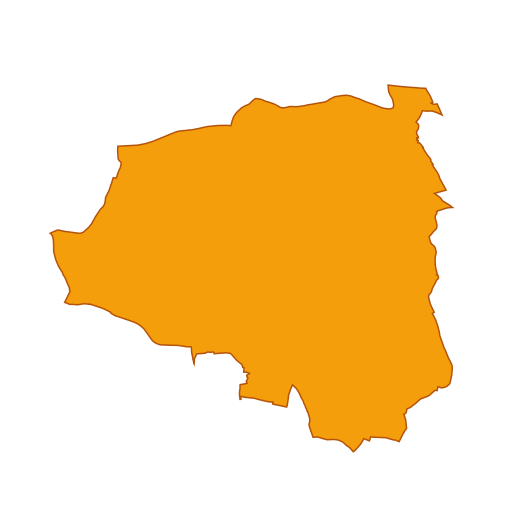 the district of Valea Larga, Mures, Romania, rotated 6°
{"feature_id": "2599482B72201107015433", "entity_name": "Valea Larga", "entity_type": "district", "adm_level": 2, "iso_a3": "ROU", "parent_name": "Romania", "parent_adm1": "Mures", "projection": "robinson", "projection_center": [24.071, 46.628], "detail": "fine", "context": "isolated", "style": "filled", "palette": "amber", "viewbox_px": 512, "rotation_deg": 6, "n_neighbors": 0, "source": "geoboundaries", "source_scale": "gbopen_adm2", "svg_char_len": 6030}
<svg xmlns="http://www.w3.org/2000/svg" viewBox="0 0 512 512"><g transform="rotate(6 256 256)"><path d="M417.7,425.7L418.4,424.0L420.8,417.5L422.5,413.9L423.8,411.8L422.0,403.4L419.6,397.8L420.3,397.6L421.0,397.1L421.7,396.1L422.2,392.1L424.5,391.0L426.3,389.6L427.8,388.0L430.1,385.9L433.6,382.0L434.6,381.0L440.9,377.8L443.1,376.4L447.8,371.1L448.5,370.9L450.2,370.9L450.6,367.0L452.4,367.3L453.6,367.7L455.0,367.7L458.1,366.5L459.5,365.6L460.2,364.8L461.5,363.5L462.0,362.7L462.3,361.8L462.8,356.3L463.0,355.3L463.1,353.0L462.9,347.1L462.3,344.1L461.3,342.3L457.7,336.7L455.2,331.9L452.0,326.4L450.7,323.4L448.0,317.9L446.9,315.3L446.5,313.3L444.3,307.2L441.3,300.6L437.3,294.7L439.1,293.3L436.7,289.6L434.3,285.4L432.0,279.2L431.9,278.2L432.2,276.2L433.3,275.0L434.1,273.3L434.3,272.7L434.6,270.6L434.8,269.7L437.3,263.6L437.5,262.6L438.5,260.7L439.6,259.4L439.7,259.1L439.7,258.7L439.6,257.4L438.8,256.0L437.6,255.9L437.9,255.2L438.0,254.4L437.6,253.5L436.4,250.3L435.7,248.0L435.4,246.9L434.5,241.1L434.4,237.8L434.8,234.5L434.8,233.4L433.4,229.3L432.3,227.7L429.8,226.0L428.5,224.6L427.6,222.9L426.1,218.6L427.6,216.8L430.4,212.5L430.9,212.0L432.0,210.8L432.4,210.1L432.7,209.3L432.8,208.1L432.7,206.2L432.0,204.1L430.3,199.5L430.1,198.3L430.1,197.2L430.9,195.7L431.4,194.6L431.4,194.0L431.3,193.5L430.8,192.8L432.6,191.9L440.3,188.5L442.5,187.8L446.4,187.2L443.3,185.3L438.6,183.0L437.2,182.4L436.0,181.7L435.4,181.3L434.0,179.5L433.1,178.7L428.5,176.0L426.9,175.1L438.2,170.6L430.8,159.9L429.2,156.3L427.0,153.2L423.5,149.1L421.8,146.7L422.5,146.2L420.3,144.0L420.0,143.5L419.8,142.0L419.5,141.4L415.5,137.3L412.7,133.8L410.4,130.7L410.9,130.4L406.9,126.4L405.0,126.5L405.0,126.0L405.3,124.2L404.1,124.2L404.1,123.2L403.4,122.7L403.4,121.6L405.2,121.6L405.0,120.7L404.6,119.9L403.2,118.1L402.7,116.6L402.9,115.1L404.2,112.5L404.2,109.2L403.4,107.9L401.2,106.0L403.6,102.2L404.1,101.3L405.8,96.1L406.4,94.1L410.3,94.1L416.0,93.4L420.8,94.5L426.3,96.3L420.3,85.8L416.9,86.6L414.2,85.6L415.8,84.6L414.7,82.5L412.7,78.9L407.7,72.3L407.4,71.5L407.1,71.5L401.5,71.9L398.1,71.9L397.4,71.9L389.0,72.2L379.2,72.3L369.5,72.2L370.3,76.6L370.7,78.2L371.0,79.1L372.4,81.6L375.3,85.7L375.7,86.7L376.6,89.4L377.1,91.5L377.1,92.4L377.0,93.9L376.9,94.2L375.6,95.0L374.5,95.5L373.0,95.8L368.9,95.8L365.7,95.4L356.1,92.8L349.2,91.2L342.1,88.9L338.7,88.3L334.2,87.1L333.1,86.9L329.8,86.7L328.4,86.8L325.5,87.3L317.8,89.3L313.1,92.2L311.3,93.8L309.4,95.1L308.2,95.7L307.1,96.0L303.5,97.0L294.7,99.5L291.4,100.3L289.7,101.1L285.1,102.3L280.8,103.3L273.8,103.8L271.1,104.9L267.9,105.8L265.5,105.8L264.4,105.5L259.1,103.3L257.6,102.8L253.4,101.8L248.0,100.8L245.8,99.9L242.2,99.4L240.1,99.4L239.0,99.5L236.7,101.6L232.9,106.0L230.2,107.4L226.3,110.0L223.9,112.7L222.3,114.5L220.8,116.8L219.7,118.9L218.9,120.9L218.1,124.4L217.4,129.0L213.7,129.1L205.2,130.1L194.2,132.3L185.3,135.3L178.8,137.3L175.2,137.9L172.7,138.6L168.7,139.3L165.4,140.2L164.1,140.7L159.9,142.8L150.7,147.8L140.2,153.4L138.3,154.0L135.2,155.5L126.9,158.1L107.1,161.3L107.5,166.8L108.4,171.3L108.5,172.9L108.6,173.3L109.2,174.5L109.7,175.2L111.7,176.8L112.3,177.7L112.3,178.3L112.0,180.1L111.9,182.1L110.9,184.7L109.6,189.7L109.4,191.2L108.5,193.3L105.8,193.1L104.7,198.7L104.1,201.1L103.7,203.4L102.6,207.4L100.4,213.1L100.3,213.8L100.3,217.6L100.0,219.7L99.6,221.0L99.3,221.8L98.7,223.0L96.4,225.8L95.4,227.6L92.6,233.0L90.6,237.7L90.1,238.6L90.0,239.3L89.8,239.5L89.1,241.0L87.1,244.4L85.6,246.2L82.5,249.6L81.6,250.5L80.3,251.2L79.0,251.7L77.5,251.9L62.5,251.5L57.5,250.9L56.3,250.9L55.6,251.1L52.4,252.8L48.9,254.9L50.1,255.6L50.8,256.4L51.7,258.0L52.3,259.4L53.0,262.4L53.5,265.6L54.2,271.8L54.4,272.9L55.3,275.4L57.5,281.1L59.6,284.9L61.0,287.3L65.3,292.8L66.2,295.0L67.5,296.4L68.5,297.8L72.4,304.9L73.5,306.7L73.9,307.7L73.9,308.8L74.1,309.2L74.3,309.8L74.8,310.4L72.1,318.0L70.5,322.1L75.9,323.6L78.6,323.3L84.0,323.1L87.1,322.2L90.0,321.5L90.8,321.4L96.1,321.5L96.1,321.2L109.0,324.1L117.2,327.0L117.3,327.2L117.2,327.6L117.8,327.9L118.2,328.3L120.7,329.5L123.0,330.3L136.7,333.3L142.2,334.7L144.7,335.6L146.8,336.6L149.1,337.9L150.6,339.0L152.3,340.3L153.1,341.2L157.1,345.7L161.5,350.7L162.9,351.8L164.9,352.9L167.9,353.9L169.7,354.3L170.9,354.3L181.7,353.6L187.0,353.1L189.1,353.1L194.0,353.4L197.3,353.5L200.8,353.0L201.2,353.9L201.5,355.1L201.9,357.5L202.3,359.5L203.4,362.7L204.1,365.3L205.0,367.7L205.2,368.8L205.7,369.8L205.8,367.8L205.5,365.7L205.6,364.4L207.3,359.5L215.3,358.1L217.7,356.7L218.7,356.5L221.0,356.6L223.0,355.9L223.6,356.0L224.2,356.4L224.4,356.7L224.5,357.6L226.3,357.2L235.3,355.6L238.1,355.4L239.8,355.5L240.7,355.7L241.5,356.1L242.5,356.9L247.5,361.6L253.0,365.3L253.6,366.0L254.2,367.7L254.5,368.2L254.9,368.4L255.3,368.0L255.5,368.0L255.8,369.1L256.0,372.9L257.4,372.6L258.8,372.6L260.1,372.8L261.8,373.5L259.7,375.0L259.4,375.4L259.2,375.9L259.3,376.2L259.5,376.6L259.7,377.3L260.5,377.9L260.8,378.3L259.4,381.5L259.5,381.9L260.3,382.9L260.3,383.6L256.2,384.9L253.9,385.5L253.6,385.7L253.6,386.4L254.0,389.4L253.8,391.2L253.9,394.0L254.0,395.2L254.2,396.6L254.8,398.8L255.0,400.1L255.1,400.3L256.0,400.1L255.9,399.3L255.4,397.2L256.0,397.2L259.6,397.7L268.8,397.6L274.7,398.6L282.0,399.5L285.3,399.7L288.2,399.4L288.1,401.5L302.3,403.0L302.7,400.7L303.0,393.6L303.0,392.1L302.8,391.6L304.1,385.9L304.7,383.7L305.8,380.3L309.6,383.3L311.4,385.2L314.1,389.1L314.9,390.6L316.0,392.5L317.8,394.9L318.5,396.1L318.8,397.2L320.2,399.3L321.4,401.8L322.1,402.8L322.8,404.3L322.9,404.8L323.3,405.1L324.3,406.9L324.9,408.4L325.5,409.7L325.7,410.7L326.4,411.9L326.5,412.4L326.7,415.2L326.6,416.6L326.3,417.3L326.5,418.9L327.7,421.8L331.7,430.3L335.1,429.7L336.9,429.6L338.7,430.1L345.7,431.3L352.6,430.3L357.1,430.4L360.5,431.5L362.1,432.2L365.8,435.0L368.0,436.1L369.9,437.4L373.2,440.5L374.4,439.2L374.6,439.3L379.1,433.1L380.9,429.7L382.4,426.4L388.1,428.0L389.0,423.8L391.5,423.9L403.1,423.2L404.4,423.2L405.9,423.3L406.4,423.6L412.5,424.6L413.7,424.4L414.7,424.7L417.7,425.7Z" fill="#f59e0b" stroke="#b45309" stroke-width="1.5"/></g></svg>